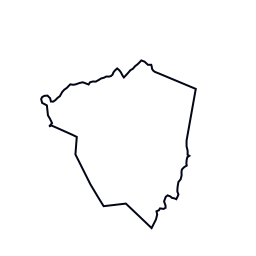 the district of Juru, Paraíba, Brazil, rotated 132°
{"feature_id": "56859067B46938052827534", "entity_name": "Juru", "entity_type": "district", "adm_level": 2, "iso_a3": "BRA", "parent_name": "Brazil", "parent_adm1": "Paraíba", "projection": "mercator", "projection_center": [-37.806, -7.51], "detail": "fine", "context": "isolated", "style": "outline", "palette": "ink", "viewbox_px": 256, "rotation_deg": 132, "n_neighbors": 0, "source": "geoboundaries", "source_scale": "gbopen_adm2", "svg_char_len": 1452}
<svg xmlns="http://www.w3.org/2000/svg" viewBox="0 0 256 256"><g transform="rotate(132 128 128)"><path d="M186.6,43.5L181.8,44.8L179.5,45.4L177.1,46.1L172.8,48.4L170.8,51.1L168.5,50.0L166.3,50.4L164.3,47.4L162.2,46.7L160.6,48.1L158.4,52.1L153.9,53.9L151.6,53.5L150.5,50.7L150.5,48.5L149.3,46.6L148.6,44.5L146.0,45.2L143.7,46.0L142.2,48.8L140.2,50.5L137.9,52.2L134.4,54.4L130.8,54.6L127.4,56.4L124.7,59.0L122.7,60.2L119.6,60.1L116.6,59.2L115.3,60.9L112.7,62.9L110.0,64.4L107.7,63.8L108.0,65.8L105.4,68.1L104.1,69.7L102.7,71.9L100.6,73.9L98.1,76.1L53.6,103.8L66.7,141.2L68.3,145.6L68.5,147.6L68.0,149.6L66.6,151.3L65.5,153.0L67.7,155.5L67.6,160.1L68.9,163.3L72.6,163.4L74.8,163.6L77.2,164.1L80.8,164.0L83.4,164.9L86.3,164.8L88.6,164.8L93.2,164.9L92.7,167.1L91.4,170.5L90.9,173.1L91.0,175.9L94.1,176.2L96.5,176.0L98.6,175.2L100.8,175.4L102.5,176.5L104.3,178.6L106.7,179.5L109.1,181.1L111.9,181.9L115.1,183.0L116.9,185.2L119.4,186.8L122.0,186.4L123.3,189.7L124.3,192.2L127.1,194.2L130.6,196.1L132.5,197.6L134.2,200.1L136.4,200.2L139.2,200.3L142.3,201.0L145.2,201.0L147.8,200.4L150.1,199.9L152.6,200.5L155.7,200.6L158.4,201.2L159.9,203.0L158.0,205.8L157.8,209.5L160.1,211.7L162.6,212.5L164.6,211.9L166.8,208.6L166.0,205.6L165.5,203.4L172.2,195.9L173.3,192.3L175.2,187.7L179.6,187.6L177.3,186.5L170.1,164.2L168.9,160.1L182.8,149.4L195.0,118.3L199.5,103.7L202.4,93.8L185.6,79.0L186.3,53.6L186.6,43.5Z" fill="none" stroke="#020617" stroke-width="2"/></g></svg>